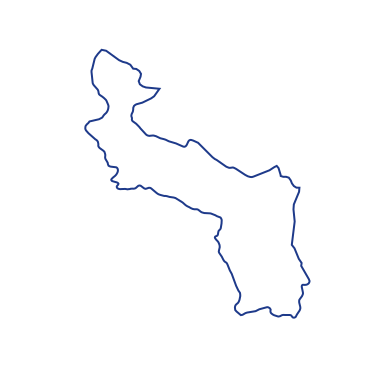 the border of Lamphun, rotated 126°
{"feature_id": "THA-392", "entity_name": "Lamphun", "entity_type": "Province", "adm_level": 1, "iso_a3": "THA", "parent_name": "Thailand", "parent_adm1": "", "projection": "robinson", "projection_center": [99.014, 18.095], "detail": "fine", "context": "isolated", "style": "outline", "palette": "blue", "viewbox_px": 384, "rotation_deg": 126, "n_neighbors": 0, "source": "natural_earth", "source_scale": "10m", "svg_char_len": 4624}
<svg xmlns="http://www.w3.org/2000/svg" viewBox="0 0 384 384"><g transform="rotate(126 192 192)"><path d="M262.9,80.1L262.5,85.8L262.1,87.6L261.8,87.9L260.2,89.4L259.2,89.9L258.2,90.2L257.2,90.2L254.6,89.6L253.2,89.7L251.3,90.2L247.8,91.8L246.4,92.9L245.4,93.9L244.8,95.5L244.5,96.5L242.0,101.1L234.9,111.7L233.2,115.3L229.8,120.7L229.1,122.1L229.0,123.1L229.1,124.0L229.0,125.0L228.8,125.9L228.0,127.6L226.8,129.9L225.3,134.1L224.6,135.2L223.5,135.8L220.4,137.1L219.4,137.9L218.6,138.7L217.4,140.6L217.0,141.4L216.7,142.5L216.5,143.8L215.9,146.0L215.3,146.8L214.5,147.0L213.8,146.7L213.1,146.2L212.3,145.9L211.3,146.0L208.7,147.3L207.7,147.6L206.9,147.5L206.0,147.3L205.1,147.3L204.3,147.5L200.1,149.6L197.2,151.5L196.3,152.8L195.9,154.0L196.9,157.6L197.1,159.5L198.3,164.1L198.7,164.9L201.8,169.7L202.4,171.3L202.7,172.2L202.8,173.2L202.7,176.3L202.8,177.2L203.2,178.0L204.6,180.0L205.3,181.5L205.7,183.3L205.9,185.4L206.3,187.4L206.4,189.4L206.0,193.5L206.6,201.8L206.9,202.6L207.2,203.5L209.2,207.3L210.1,209.8L210.8,211.2L211.3,211.8L211.7,212.6L212.9,215.7L213.5,217.7L213.6,218.8L213.6,220.2L213.1,227.1L213.2,228.1L213.6,228.9L214.1,229.5L216.1,230.9L216.7,231.4L217.0,232.1L217.2,233.0L217.1,237.1L217.4,238.0L217.9,238.6L218.6,239.1L222.1,239.9L222.8,240.4L223.4,240.9L223.9,241.5L224.3,242.2L224.9,242.9L225.4,243.5L226.0,243.9L227.1,245.1L227.7,245.7L228.8,247.9L231.9,251.8L232.4,252.7L232.8,254.2L232.6,255.2L232.1,255.9L231.4,256.2L229.6,256.1L228.6,256.3L228.3,257.0L228.3,257.8L228.5,258.7L228.8,259.5L229.2,260.5L230.1,263.1L229.9,264.1L229.4,264.6L228.6,264.7L226.7,264.4L224.1,263.7L222.3,263.5L220.5,263.7L219.6,263.9L218.6,264.3L217.7,264.9L216.8,266.0L216.5,267.0L216.6,267.9L219.1,272.4L219.5,273.3L219.8,274.9L219.4,275.6L218.8,276.5L217.9,277.4L216.1,281.5L215.6,282.1L215.0,282.7L213.6,283.5L212.8,284.1L212.0,285.0L210.9,286.6L210.7,288.2L210.7,292.7L210.3,294.1L209.8,294.9L208.6,295.7L207.8,296.4L206.6,297.8L206.2,299.0L206.1,300.1L206.2,301.1L205.3,310.4L204.5,313.9L204.1,314.7L203.6,315.4L203.0,315.9L201.6,316.7L200.8,316.9L198.9,316.8L197.1,316.4L195.2,316.4L187.8,310.0L184.8,308.5L183.9,308.4L182.0,308.5L180.8,308.4L178.4,307.9L177.4,307.9L176.3,308.0L175.0,308.3L173.5,308.9L171.6,310.0L170.7,311.1L168.6,314.6L168.2,315.4L168.0,316.3L167.7,318.5L167.6,320.6L167.7,323.8L167.5,324.7L167.0,325.5L165.5,327.0L165.0,327.7L164.6,328.5L163.3,334.3L162.6,335.9L162.1,336.5L153.9,343.9L152.7,344.7L152.4,344.8L150.8,345.2L141.5,349.0L139.6,349.3L135.5,349.3L130.1,348.7L128.2,344.5L128.2,328.5L127.4,324.5L125.9,320.7L125.3,316.7L126.8,312.1L125.2,309.4L125.1,305.8L126.4,302.7L129.0,301.4L133.6,300.3L135.5,297.5L135.5,294.0L134.5,290.7L127.6,279.0L136.8,278.9L140.3,280.1L148.9,284.7L153.8,288.6L155.2,289.2L156.4,289.5L157.3,289.3L158.2,289.1L158.9,288.7L159.6,288.2L160.5,287.7L161.8,287.1L164.5,286.6L165.8,286.0L166.6,285.3L167.0,284.6L167.5,284.0L168.9,283.1L169.3,282.5L169.6,281.7L169.6,277.3L170.1,274.2L170.5,272.2L170.8,271.4L172.5,263.0L172.5,261.9L172.3,260.9L172.0,260.2L171.6,259.4L171.0,258.8L169.4,257.0L168.9,256.3L168.6,255.5L168.0,253.9L167.3,250.0L167.1,249.1L165.8,245.9L165.2,244.1L164.7,241.2L164.5,240.3L162.1,233.5L160.5,226.1L160.2,225.3L159.7,224.6L158.9,224.1L157.8,223.9L156.6,224.0L153.7,224.6L152.9,224.7L152.0,224.6L151.3,224.3L150.7,223.8L150.3,223.1L149.7,221.3L148.7,216.4L148.6,216.1L151.8,196.0L151.9,192.9L151.6,191.0L151.4,179.4L151.2,178.3L150.7,176.4L150.3,175.7L149.8,175.1L148.1,173.3L147.7,172.0L147.4,169.9L146.9,159.1L146.5,156.2L146.2,155.3L145.6,153.7L144.7,152.3L143.4,151.3L128.9,142.1L123.4,140.0L121.1,138.8L121.8,136.0L125.9,130.6L126.9,129.6L126.1,127.2L124.4,124.8L123.5,122.1L124.6,118.9L126.3,116.2L127.3,113.1L127.1,110.1L125.4,107.6L128.9,105.5L142.2,102.3L146.4,99.7L155.5,91.6L176.1,80.2L177.3,76.0L183.3,66.3L185.0,61.6L187.6,60.2L193.8,46.3L194.9,44.6L195.6,44.2L196.4,44.0L197.2,43.9L197.8,44.0L198.4,44.2L199.1,44.5L199.7,44.9L200.3,45.5L201.2,46.6L201.7,47.5L202.1,47.9L202.6,48.1L203.3,48.0L204.2,47.5L208.0,43.3L208.8,42.6L209.7,42.2L210.6,42.0L211.5,41.8L215.4,41.8L216.4,41.7L217.4,41.1L218.5,40.2L221.2,37.0L222.1,36.2L222.8,35.8L224.5,35.3L229.5,35.1L232.0,34.7L232.7,34.9L233.4,35.3L233.9,35.9L234.2,36.6L234.1,37.5L233.6,39.1L233.7,39.9L234.1,40.7L236.9,44.5L237.3,45.2L237.8,45.9L238.4,46.5L239.1,47.0L240.6,47.7L241.2,48.2L241.8,48.7L242.2,49.4L243.4,53.1L243.6,54.3L243.6,56.2L243.4,57.2L242.8,58.1L242.0,58.7L241.0,59.2L240.5,60.1L240.3,61.0L240.4,62.0L240.6,62.9L241.1,63.6L241.7,64.1L247.3,68.6L251.0,70.5L257.2,76.6L258.6,77.6L261.6,78.9L262.9,80.1Z" fill="none" stroke="#1e3a8a" stroke-width="2"/></g></svg>